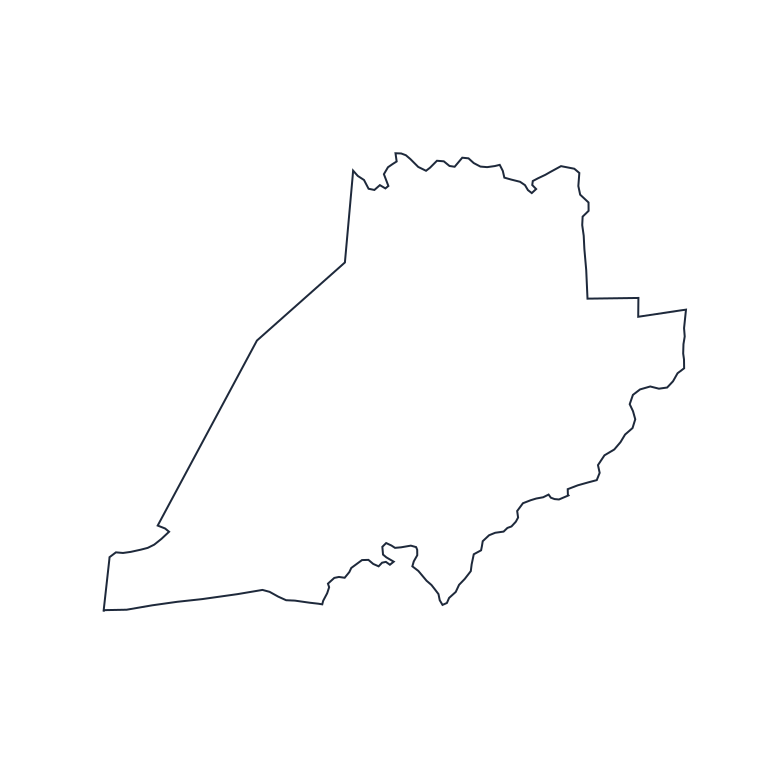 the district of Bera, Pahang, Malaysia, rotated 82°
{"feature_id": "92858781B37033160198468", "entity_name": "Bera", "entity_type": "district", "adm_level": 2, "iso_a3": "MYS", "parent_name": "Malaysia", "parent_adm1": "Pahang", "projection": "robinson", "projection_center": [102.581, 3.142], "detail": "fine", "context": "isolated", "style": "outline", "palette": "slate", "viewbox_px": 768, "rotation_deg": 82, "n_neighbors": 0, "source": "geoboundaries", "source_scale": "gbopen_adm2", "svg_char_len": 2375}
<svg xmlns="http://www.w3.org/2000/svg" viewBox="0 0 768 768"><g transform="rotate(82 384 384)"><path d="M192.9,178.4L197.3,190.1L199.3,195.1L201.7,202.8L203.7,208.4L207.6,209.5L212.1,206.2L215.5,211.1L212.0,214.5L206.7,216.7L202.7,221.1L199.3,229.5L196.4,236.1L189.5,236.7L183.1,238.9L183.6,243.9L183.6,251.7L182.1,258.3L177.7,264.4L172.3,268.9L170.8,275.0L175.3,280.0L178.7,283.8L177.2,288.8L171.8,293.8L170.3,300.5L176.2,308.3L178.7,312.7L173.8,319.9L164.9,326.6L160.5,330.5L158.1,334.9L157.1,340.5L165.4,340.5L167.4,344.9L169.9,349.9L176.2,354.9L188.5,352.1L190.5,355.4L186.5,360.4L190.5,366.5L188.5,372.1L179.2,375.4L174.3,381.0L168.4,384.9L174.7,386.3L258.2,405.8L323.3,503.8L492.7,627.8L496.6,620.9L500.4,617.4L506.5,626.1L511.1,633.9L513.4,640.8L514.2,647.8L515.0,658.2L515.0,666.0L513.4,672.9L517.3,679.9L519.5,680.4L570.3,693.4L569.0,692.6L571.7,670.3L570.9,644.3L570.9,619.1L571.7,594.0L571.7,558.4L571.0,533.0L573.9,526.2L579.8,518.4L584.5,511.0L586.1,502.4L590.2,488.2L592.4,479.7L593.6,475.8L590.2,474.4L583.3,469.4L577.6,466.6L573.9,467.3L569.1,460.2L568.8,455.5L570.4,449.9L565.4,444.5L561.6,442.0L555.3,430.3L556.0,423.9L560.7,419.7L563.8,414.7L560.7,410.8L560.4,406.9L563.8,403.3L561.3,399.1L556.0,405.8L552.8,408.7L545.0,408.3L541.8,404.0L545.0,399.1L547.8,395.9L548.1,389.8L547.8,379.9L550.0,374.9L552.8,374.2L558.2,374.9L563.8,379.2L568.5,381.3L573.9,376.0L584.8,369.2L589.6,365.0L593.9,362.5L599.6,359.3L605.9,358.9L610.9,356.8L609.6,352.2L604.9,349.3L599.9,341.9L593.3,337.6L588.3,331.2L581.4,324.1L574.8,322.3L565.1,318.8L562.2,311.0L558.2,309.6L553.4,308.1L548.4,301.0L546.8,294.6L546.8,286.1L543.7,281.8L542.8,277.6L538.7,272.6L534.9,269.8L528.3,269.8L521.4,263.0L519.5,254.9L518.6,249.2L518.3,242.1L516.4,236.4L519.8,234.6L521.7,231.1L522.7,226.8L520.0,216.8L519.1,217.3L513.7,216.7L511.3,206.2L509.8,195.1L508.8,186.7L502.0,182.8L494.1,183.4L485.3,175.6L480.9,165.1L474.5,157.9L467.6,152.3L462.2,144.0L453.9,140.1L445.6,141.2L438.2,143.5L429.4,139.0L425.0,131.2L423.5,120.7L426.9,112.4L426.9,104.1L421.5,97.4L414.2,91.8L410.2,84.6L401.4,83.5L395.5,83.5L386.2,81.9L378.8,79.6L370.5,79.1L352.4,74.6L352.4,80.2L352.8,122.9L334.2,120.1L327.8,170.6L299.4,167.9L278.3,166.8L265.0,165.6L254.2,165.6L245.9,164.0L241.0,157.3L232.7,156.2L223.8,163.4L215.0,164.0L202.2,161.2L197.3,165.6L192.9,178.4Z" fill="none" stroke="#1e293b" stroke-width="2"/></g></svg>